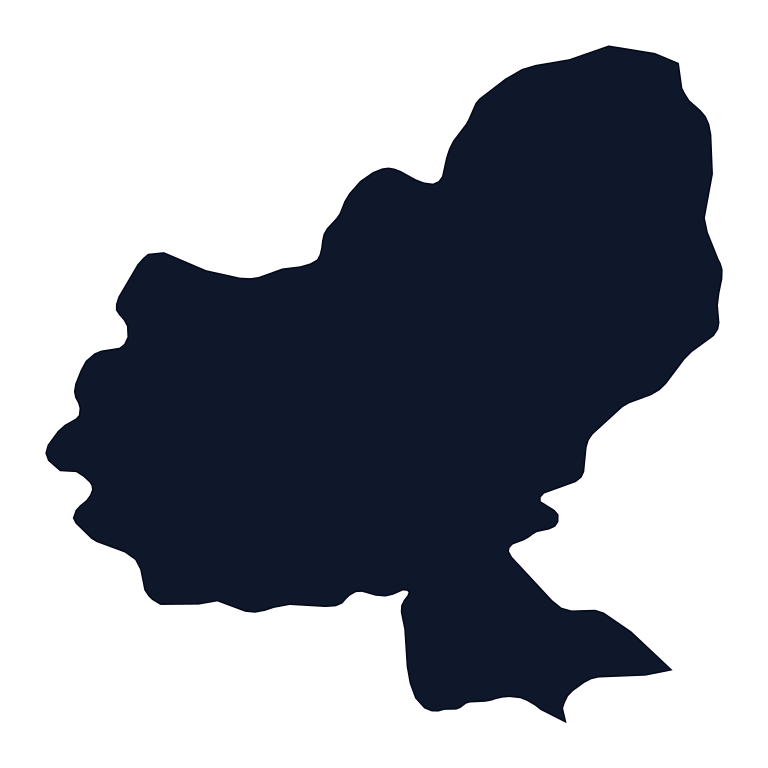 the County of Mures
{"feature_id": "ROU-299", "entity_name": "Mures", "entity_type": "County", "adm_level": 1, "iso_a3": "ROU", "parent_name": "Romania", "parent_adm1": "", "projection": "natural_earth1", "projection_center": [24.648, 46.583], "detail": "fine", "context": "isolated", "style": "filled", "palette": "ink", "viewbox_px": 768, "rotation_deg": 0, "n_neighbors": 0, "source": "natural_earth", "source_scale": "10m", "svg_char_len": 2516}
<svg xmlns="http://www.w3.org/2000/svg" viewBox="0 0 768 768"><path d="M60.3,470.5L48.7,460.4L46.1,453.1L48.3,445.2L58.5,431.3L65.3,425.3L76.3,419.1L79.6,415.4L80.3,408.1L78.7,402.7L75.9,397.5L74.7,391.6L75.9,384.1L81.3,370.5L86.3,361.3L94.8,354.0L101.4,351.3L119.8,348.4L124.8,344.4L128.2,337.2L127.7,326.1L124.2,319.7L119.7,314.6L116.6,310.0L116.7,304.4L119.0,297.1L138.0,264.8L143.6,258.5L148.3,254.5L163.8,252.9L206.0,270.9L239.8,278.4L251.0,278.9L259.1,277.6L282.4,269.2L300.5,267.0L310.4,264.1L317.6,260.0L320.3,254.9L321.9,248.2L322.7,241.4L324.2,234.4L327.4,228.8L337.1,218.3L340.3,213.6L345.0,201.6L349.9,193.6L360.6,181.5L373.1,172.8L382.3,169.1L388.5,168.3L394.3,169.3L400.6,171.7L415.6,180.0L423.9,183.2L433.1,184.4L439.0,181.8L442.7,176.6L446.7,158.3L449.6,149.3L453.6,141.2L466.4,124.4L469.0,119.7L476.1,103.5L480.0,98.9L505.7,79.2L522.3,69.6L535.9,65.6L569.4,59.9L608.7,46.2L654.8,53.7L678.2,63.5L681.6,88.2L684.3,93.6L688.8,100.7L700.2,110.8L705.2,116.7L708.6,124.4L710.6,134.7L712.2,174.0L704.1,218.0L707.1,232.4L717.9,259.3L720.2,263.9L721.9,269.8L721.6,279.0L718.7,293.1L717.2,305.3L718.7,322.8L717.6,329.0L713.3,335.5L691.4,351.5L684.1,358.8L665.6,383.4L659.2,389.6L650.7,394.6L628.9,402.6L622.2,406.5L592.1,434.0L588.0,440.1L585.9,447.3L583.5,471.7L581.0,477.0L575.5,481.4L543.7,492.9L539.9,497.2L540.0,501.7L554.1,510.5L557.8,514.8L557.7,521.6L554.8,526.0L548.9,528.8L536.6,531.4L532.4,533.9L528.6,536.8L523.7,539.6L512.4,543.8L508.9,547.5L508.2,551.5L511.4,557.3L551.8,600.8L561.1,608.3L571.2,611.2L595.0,610.5L603.5,613.2L630.8,631.9L671.1,669.8L645.5,674.9L598.4,676.8L590.8,678.6L583.8,682.3L572.4,690.6L567.4,695.8L564.1,702.7L562.3,708.2L565.5,721.8L541.0,709.4L535.6,705.1L527.5,700.3L520.6,697.5L509.3,696.3L502.3,696.9L495.6,698.4L491.2,699.9L485.5,701.0L469.6,701.8L465.7,703.0L460.1,707.3L456.1,708.9L444.2,709.1L438.4,710.8L431.9,710.7L424.7,707.8L415.8,697.9L410.4,683.3L407.4,666.6L405.0,629.3L401.5,611.9L401.9,605.6L404.5,600.4L408.0,595.9L409.4,592.2L407.5,590.1L402.8,589.7L393.0,594.0L385.5,595.8L375.8,595.0L362.3,591.1L355.7,591.4L349.4,595.0L345.5,598.7L341.9,602.9L335.6,605.6L325.5,606.3L289.6,604.2L273.6,607.2L265.0,610.1L255.0,612.0L245.5,611.1L217.4,600.6L198.5,603.9L160.6,604.2L152.4,599.2L148.9,595.7L145.0,589.9L140.9,569.3L135.8,559.5L125.2,551.9L96.9,541.4L91.8,538.3L76.1,523.0L73.6,518.1L76.3,510.4L80.4,505.9L86.8,500.7L90.7,495.3L92.8,489.7L92.1,485.1L89.9,481.8L83.9,476.2L76.4,471.4L60.3,470.5Z" fill="#0f172a" stroke="#020617" stroke-width="1.5"/></svg>